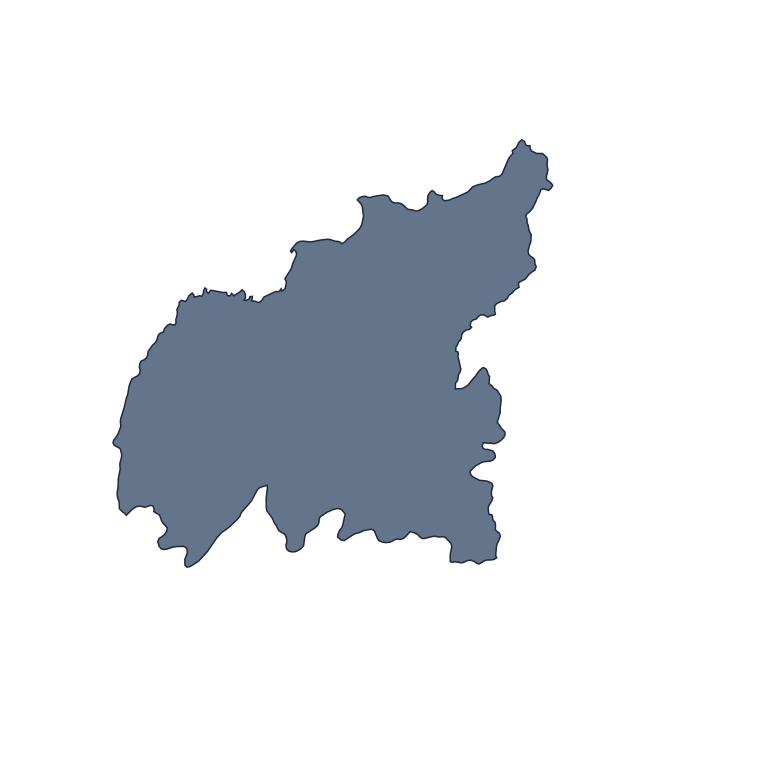 outline of Araçuaí, Minas Gerais, Brazil, rotated 45°
{"feature_id": "56859067B18918264125998", "entity_name": "Araçuaí", "entity_type": "district", "adm_level": 2, "iso_a3": "BRA", "parent_name": "Brazil", "parent_adm1": "Minas Gerais", "projection": "equal_earth", "projection_center": [-41.973, -16.895], "detail": "fine", "context": "isolated", "style": "filled", "palette": "slate", "viewbox_px": 768, "rotation_deg": 45, "n_neighbors": 0, "source": "geoboundaries", "source_scale": "gbopen_adm2", "svg_char_len": 6170}
<svg xmlns="http://www.w3.org/2000/svg" viewBox="0 0 768 768"><g transform="rotate(45 384 384)"><path d="M506.0,344.3L506.6,340.4L506.5,337.2L505.6,334.5L503.4,332.4L498.4,332.3L491.1,330.9L486.3,321.9L484.2,320.0L478.5,312.8L475.3,310.1L469.5,308.6L467.3,308.6L465.3,309.4L461.1,309.0L458.0,309.5L453.4,304.1L451.1,303.6L447.4,301.7L445.2,301.2L442.5,302.2L442.0,305.5L442.4,310.8L443.2,313.9L443.3,318.1L444.2,325.2L442.9,331.4L438.0,337.0L434.0,332.9L433.5,329.3L430.2,324.9L429.4,321.9L427.9,319.2L416.6,312.1L415.3,310.1L413.5,309.1L411.6,310.1L408.9,307.2L408.0,303.7L406.8,301.3L407.0,298.4L405.6,296.0L403.6,293.5L403.5,290.3L404.0,287.6L405.8,285.0L405.9,282.1L403.6,281.8L401.6,278.8L401.7,275.8L403.3,272.8L403.0,270.0L403.4,266.9L405.6,264.7L410.1,263.3L411.0,260.3L412.5,258.4L413.5,255.9L410.8,254.3L406.9,250.2L406.9,247.4L407.7,244.8L408.6,242.4L410.3,240.2L410.7,236.9L409.6,232.7L410.3,229.1L409.9,225.2L411.1,220.1L409.0,218.8L407.5,217.0L409.7,209.7L409.0,204.0L409.3,200.8L410.2,196.8L408.7,193.3L406.2,192.6L402.7,189.6L399.7,189.5L396.9,190.1L394.0,189.7L391.8,188.0L389.8,184.8L387.2,179.6L382.3,174.1L380.3,173.8L378.1,172.8L373.7,169.9L370.9,168.5L368.2,166.0L365.6,165.4L364.6,162.8L365.2,159.6L364.9,155.1L362.5,147.9L360.8,144.1L359.9,140.7L357.7,136.1L358.3,133.4L363.5,130.8L363.7,127.8L362.9,124.4L360.6,123.7L354.5,124.4L352.8,123.3L348.3,116.4L345.8,114.9L344.0,113.3L340.5,109.3L338.3,108.7L333.2,108.9L328.8,113.1L323.5,115.0L320.2,113.7L318.6,112.3L317.1,114.1L315.3,114.7L311.5,113.1L308.7,113.9L308.5,117.5L310.3,123.2L309.7,128.4L312.0,129.7L312.4,134.4L313.1,137.6L319.2,152.4L318.8,155.4L316.4,158.6L315.6,161.9L315.3,164.8L313.4,170.8L310.4,175.3L308.4,179.0L307.3,182.3L307.5,189.0L303.3,200.6L301.5,204.0L300.3,207.5L298.2,210.4L296.5,212.0L294.2,211.9L292.1,209.4L290.3,211.1L288.1,212.3L286.1,213.0L283.6,212.6L281.2,213.2L281.0,216.3L281.9,219.8L284.2,222.6L286.4,224.5L287.7,227.0L286.9,233.8L285.6,237.4L284.0,239.5L281.2,240.6L277.0,243.8L271.9,243.7L268.6,244.3L266.3,245.6L264.2,247.9L261.9,249.3L259.9,249.6L253.7,248.2L249.5,251.1L244.0,258.8L242.4,261.8L240.7,263.3L237.9,264.5L235.9,267.3L234.8,269.7L234.9,272.7L240.8,273.0L243.1,273.8L251.0,280.0L255.5,287.0L256.5,289.8L256.9,293.0L256.9,300.3L255.6,307.2L255.9,311.7L254.8,314.7L252.6,314.7L250.5,315.8L249.0,317.3L243.8,319.9L241.5,321.8L237.4,327.0L232.0,335.1L225.9,340.1L223.9,342.3L222.5,346.3L223.1,352.7L223.8,356.1L225.8,356.4L225.3,352.8L227.3,352.5L229.6,353.4L231.1,355.0L234.4,363.7L236.1,366.4L237.3,369.7L239.5,379.7L242.3,380.5L244.7,383.2L246.7,387.0L246.0,390.7L243.9,389.5L244.4,393.0L241.9,395.4L238.5,404.8L237.6,407.7L238.5,410.8L238.0,414.9L233.6,417.1L231.8,418.8L229.0,415.1L227.4,417.0L228.5,419.3L227.7,421.8L225.9,423.6L225.1,421.0L222.5,418.6L219.6,417.5L217.0,417.7L217.0,420.8L215.5,427.7L212.2,427.7L212.8,430.6L210.7,432.3L207.9,430.6L204.9,433.6L196.9,438.9L195.1,440.4L195.7,444.0L193.1,444.2L191.5,442.4L189.5,442.7L190.5,445.8L192.3,447.8L193.2,450.8L191.3,451.9L188.4,456.8L186.6,455.5L184.0,455.3L183.6,459.5L184.8,462.5L185.4,465.9L181.4,468.1L181.4,471.2L183.0,472.6L185.1,478.0L186.8,479.1L188.6,481.0L191.5,485.9L193.3,487.4L194.5,489.8L192.6,491.7L190.2,492.9L189.4,495.3L189.6,499.9L191.3,503.5L189.6,507.1L190.4,510.5L191.8,512.6L193.0,515.8L192.9,520.3L194.2,527.7L196.6,530.9L197.6,534.1L197.1,536.8L196.0,539.6L196.7,541.9L199.3,545.3L201.7,546.5L203.9,549.4L203.9,553.2L202.9,555.8L202.2,558.8L203.9,563.1L205.2,565.7L210.4,572.9L211.5,575.7L217.2,584.8L222.3,594.6L223.9,596.7L228.1,600.4L230.9,606.6L232.1,610.7L232.6,615.0L234.1,617.3L236.1,618.0L238.6,617.6L241.6,616.5L243.8,616.5L248.3,619.3L250.0,621.1L253.2,626.6L255.0,628.6L257.4,630.4L263.2,639.0L268.3,644.3L271.6,648.8L273.9,651.3L276.1,652.8L280.4,654.9L285.0,659.3L289.8,659.3L292.2,658.7L294.6,659.1L294.6,650.2L295.3,647.0L296.3,644.7L298.2,642.7L302.1,640.2L304.8,634.8L306.9,633.7L309.7,634.8L311.4,637.0L317.6,635.5L320.5,636.5L323.1,637.9L325.3,638.5L332.5,639.0L334.2,641.5L335.0,643.9L335.2,646.4L334.9,649.1L334.1,652.4L335.5,655.4L339.8,657.8L343.0,658.1L345.0,657.0L347.0,654.7L349.8,649.1L352.0,645.9L356.6,641.0L359.0,639.8L361.7,640.2L364.4,642.7L367.1,648.7L371.2,652.8L374.2,652.8L375.7,650.6L376.5,648.0L378.1,640.8L378.1,637.8L377.6,627.3L374.7,611.9L374.3,605.6L374.4,602.0L375.1,599.5L375.8,593.1L376.0,583.1L375.7,579.6L374.4,577.0L373.9,574.2L373.4,565.4L372.7,559.4L369.4,549.1L369.2,546.2L370.2,543.4L373.0,538.3L375.0,539.9L381.7,548.4L388.6,555.1L391.0,556.5L400.0,557.9L404.9,559.8L408.3,560.4L412.8,562.0L415.3,561.7L420.4,560.3L425.4,562.8L427.3,564.9L428.5,567.3L431.8,569.5L434.7,569.5L437.2,568.2L439.2,566.2L440.4,564.2L441.3,561.3L441.7,558.5L441.5,555.2L435.6,547.4L434.7,544.9L437.0,534.3L437.0,530.5L435.8,527.7L433.8,525.6L432.8,523.0L434.5,514.7L437.0,508.3L438.8,505.5L440.2,504.0L442.6,502.9L448.4,503.3L455.0,513.6L455.9,516.5L456.2,519.2L457.7,522.9L459.3,525.0L463.6,524.8L466.6,522.9L468.8,512.1L470.0,509.0L471.4,507.1L473.7,501.3L477.8,495.7L480.4,494.5L489.1,498.0L491.4,498.4L494.5,497.0L497.3,495.0L499.8,492.0L500.8,489.8L501.4,487.2L502.9,484.3L505.6,482.3L507.0,479.1L507.2,476.2L506.9,469.8L511.5,467.4L514.4,466.6L517.1,466.8L520.2,466.3L522.0,464.4L526.0,457.6L528.2,455.2L530.6,453.8L533.9,450.2L535.8,449.1L543.7,449.3L546.7,450.8L551.2,457.5L556.5,462.8L558.5,461.6L559.8,459.6L564.9,456.0L566.3,454.2L568.1,449.4L570.3,446.9L574.9,445.3L576.9,445.0L578.7,443.7L580.1,437.9L581.3,435.6L584.5,432.3L585.9,429.9L586.6,427.3L584.2,426.2L578.5,419.5L576.9,416.7L575.8,413.3L573.9,409.3L571.0,407.9L568.0,408.4L565.8,408.3L562.5,404.8L560.4,403.3L558.1,403.2L556.0,402.5L554.5,400.9L552.5,400.3L550.6,401.9L548.9,401.0L546.3,398.9L544.4,396.6L543.0,390.9L541.5,387.6L538.9,386.8L536.1,384.3L533.1,379.2L530.7,378.0L527.8,378.8L525.5,379.8L519.5,384.6L512.1,386.9L509.4,386.7L506.8,385.4L506.5,381.1L506.8,376.6L508.5,370.3L509.9,367.9L513.4,363.8L514.8,361.1L514.7,357.4L512.7,355.5L510.7,354.7L508.4,354.4L503.6,356.9L502.1,358.5L500.2,359.3L497.5,358.7L495.7,355.3L500.0,351.8L501.4,350.0L503.4,349.1L504.9,347.1L506.0,344.3Z" fill="#64748b" stroke="#1e293b" stroke-width="1.5"/></g></svg>